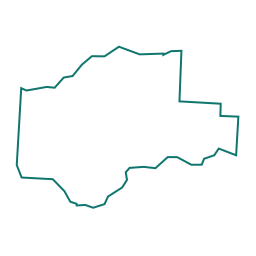 the district of Berrien, Georgia, United States of America, rotated 272°
{"feature_id": "52423323B24042566063234", "entity_name": "Berrien", "entity_type": "district", "adm_level": 2, "iso_a3": "USA", "parent_name": "United States of America", "parent_adm1": "Georgia", "projection": "natural_earth1", "projection_center": [-83.246, 31.251], "detail": "fine", "context": "isolated", "style": "outline", "palette": "teal", "viewbox_px": 256, "rotation_deg": 272, "n_neighbors": 0, "source": "geoboundaries", "source_scale": "gbopen_adm2", "svg_char_len": 669}
<svg xmlns="http://www.w3.org/2000/svg" viewBox="0 0 256 256"><g transform="rotate(272 128 128)"><path d="M203.6,160.7L202.0,137.1L208.9,116.1L198.8,102.0L198.5,89.4L189.7,79.7L178.0,70.8L176.2,62.0L165.7,53.3L166.2,45.2L161.9,25.2L164.1,19.9L87.1,18.1L74.8,23.4L74.2,54.6L62.6,66.7L52.3,72.9L50.5,79.2L48.8,79.4L49.6,88.0L47.1,96.0L51.1,107.2L58.8,110.4L68.3,124.2L76.1,128.8L83.7,127.3L88.2,131.0L89.7,145.0L88.8,156.8L100.3,168.7L100.6,178.1L93.5,192.6L93.9,203.0L99.9,205.1L103.8,215.2L110.6,219.4L104.5,237.0L143.2,237.9L143.3,219.9L155.5,219.8L156.4,178.5L207.0,178.7L206.3,168.4L202.3,160.7L203.6,160.7Z" fill="none" stroke="#0f766e" stroke-width="2"/></g></svg>